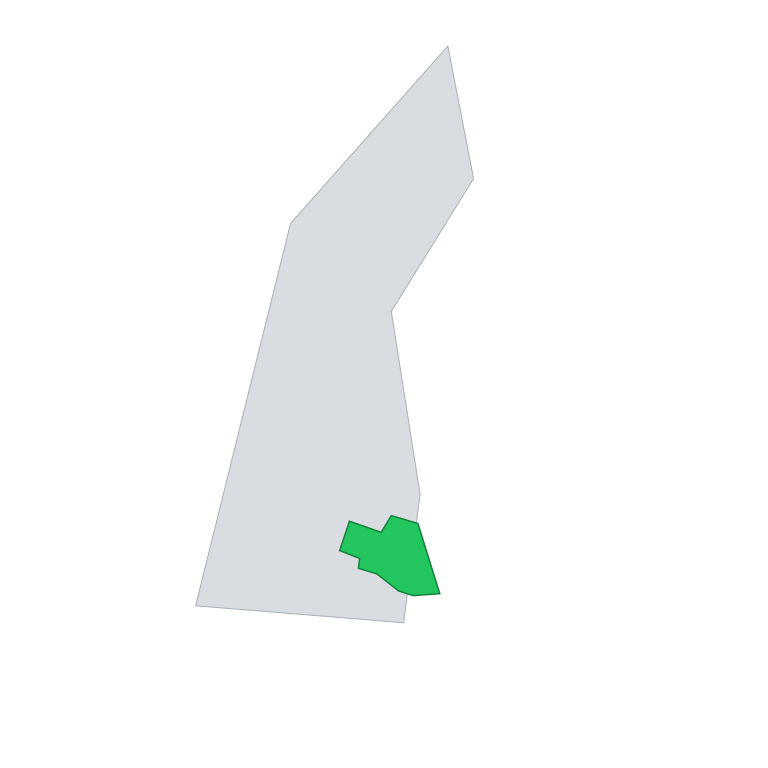 location of Bel Ombre within Seychelles, rotated 223°
{"feature_id": "SYC-5207", "entity_name": "Bel Ombre", "entity_type": "state/province", "adm_level": 1, "iso_a3": "SYC", "parent_name": "Seychelles", "parent_adm1": "", "projection": "robinson", "projection_center": [55.407, -4.627], "detail": "fine", "context": "in_parent", "style": "filled", "palette": "green", "viewbox_px": 768, "rotation_deg": 223, "n_neighbors": 0, "source": "natural_earth", "source_scale": "10m", "svg_char_len": 472}
<svg xmlns="http://www.w3.org/2000/svg" viewBox="0 0 768 768"><g transform="rotate(223 384 384)"><path d="M561.8,437.6L567.8,674.7L458.6,595.3L428.2,442.1L282.4,327.9L206.8,222.8L370.5,93.3L561.8,437.6Z" fill="#d9dde1" stroke="#a8b0b8" stroke-width="1"/><path d="M200.2,268.7L218.2,249.2L232.2,242.6L259.9,240.2L277.0,231.7L282.9,239.8L302.8,231.9L315.7,260.1L284.9,273.6L288.9,292.7L264.1,305.1L200.2,268.7Z" fill="#22c55e" stroke="#15803d" stroke-width="1.5"/></g></svg>